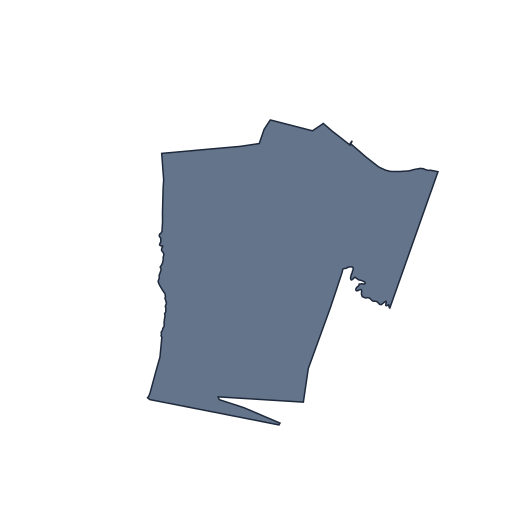 outline of Santo Tomás Tamazulapan, Oaxaca, Mexico, rotated 38°
{"feature_id": "50627088B4613944542165", "entity_name": "Santo Tomás Tamazulapan", "entity_type": "district", "adm_level": 2, "iso_a3": "MEX", "parent_name": "Mexico", "parent_adm1": "Oaxaca", "projection": "equal_earth", "projection_center": [-96.577, 16.24], "detail": "fine", "context": "isolated", "style": "filled", "palette": "slate", "viewbox_px": 512, "rotation_deg": 38, "n_neighbors": 0, "source": "geoboundaries", "source_scale": "gbopen_adm2", "svg_char_len": 3215}
<svg xmlns="http://www.w3.org/2000/svg" viewBox="0 0 512 512"><g transform="rotate(38 256 256)"><path d="M393.5,214.6L358.1,109.1L354.4,98.1L353.8,96.1L351.7,90.0L347.5,77.5L340.6,81.0L338.9,82.6L336.3,83.6L334.0,84.2L332.9,84.9L332.4,85.3L331.5,85.8L329.4,88.2L327.9,89.8L324.0,94.9L318.9,99.4L317.8,100.5L310.0,106.5L305.2,108.6L297.9,110.3L281.4,110.3L263.1,109.3L262.0,110.4L261.1,106.8L260.8,106.0L261.0,109.9L261.1,110.7L238.9,110.7L227.4,110.1L226.7,112.6L223.4,122.6L185.0,139.3L183.5,140.0L183.7,142.5L184.4,151.1L189.3,165.4L176.2,179.2L153.4,200.5L118.5,233.2L136.4,252.9L140.6,259.1L141.9,260.9L155.9,279.8L161.4,286.7L166.2,293.7L166.8,294.5L166.8,295.1L167.1,296.1L166.6,297.9L166.9,299.1L167.4,299.7L168.3,300.3L169.3,300.3L169.7,300.4L170.4,301.2L171.4,302.4L172.1,303.2L172.5,303.6L172.4,304.4L172.9,306.3L173.8,306.8L175.0,306.5L176.1,305.6L176.8,306.1L176.8,307.2L177.1,308.3L178.3,309.9L180.2,310.3L181.7,310.9L182.8,312.0L183.5,314.0L185.1,316.0L185.8,317.3L186.6,318.9L187.1,321.2L187.2,322.5L187.2,323.5L187.6,323.9L188.9,324.5L189.5,325.1L190.0,326.0L190.4,327.3L190.8,328.4L191.1,329.1L191.3,330.3L191.8,331.1L193.3,333.0L193.8,334.1L194.0,334.9L194.4,336.1L195.4,337.0L198.1,338.4L201.6,339.8L205.4,341.2L206.4,341.3L207.8,342.0L210.1,344.3L210.2,345.4L212.4,346.7L212.9,347.1L213.4,347.6L213.8,347.9L214.2,348.0L214.6,348.6L215.0,349.4L215.1,350.2L215.3,350.9L215.8,351.9L216.6,352.1L217.3,352.8L217.8,353.7L218.1,354.1L219.0,355.0L219.3,355.8L219.5,356.3L219.4,356.7L219.5,357.0L219.4,357.5L219.7,357.6L220.0,358.0L220.4,358.5L220.9,359.1L221.5,359.6L222.1,361.0L222.7,362.0L223.0,362.6L223.4,363.1L223.9,364.1L224.6,365.2L225.7,366.5L226.6,367.4L226.9,368.3L227.1,370.3L227.7,371.4L228.0,372.5L228.1,373.4L228.2,374.3L228.4,374.7L228.9,375.1L229.6,375.8L230.3,377.4L231.7,377.8L242.5,394.7L248.0,408.2L257.0,429.6L257.8,432.4L257.8,434.5L260.8,434.5L338.2,395.2L378.1,375.0L377.8,373.4L377.8,372.9L340.1,382.9L315.5,391.8L312.9,390.3L333.3,376.3L383.3,342.0L366.5,312.5L346.4,250.8L339.9,232.5L334.1,216.3L332.5,212.7L333.1,211.7L334.3,210.6L335.0,209.5L335.5,208.1L336.5,207.0L337.2,206.2L338.6,205.5L339.6,205.4L340.1,205.8L341.0,207.2L341.4,208.7L342.0,209.9L342.3,211.2L342.6,212.1L343.1,213.3L343.5,213.8L343.9,215.0L344.3,215.4L345.1,216.0L345.4,216.2L345.8,216.2L346.2,216.0L346.3,215.6L346.6,214.2L346.7,213.5L346.9,212.1L347.2,211.7L348.9,211.8L349.3,211.6L351.2,211.7L352.0,211.4L352.9,211.0L353.9,210.5L354.9,210.1L356.1,209.9L357.3,209.6L358.1,209.7L358.6,209.9L358.8,210.3L358.8,211.2L358.5,211.6L357.7,212.0L357.1,212.4L356.2,212.9L356.0,213.3L355.2,214.0L354.9,214.3L354.6,214.5L355.3,216.3L354.7,218.5L354.8,220.0L355.5,221.3L356.5,221.6L357.7,220.5L358.2,219.1L359.3,217.8L360.8,218.3L361.4,219.5L361.9,220.3L362.6,221.2L364.7,222.6L365.6,222.4L367.5,221.9L368.5,221.4L369.5,220.1L371.6,219.2L372.7,219.4L375.2,219.7L376.4,219.3L378.3,217.9L379.8,217.5L380.8,217.7L381.9,217.8L383.0,218.0L383.8,217.8L384.8,217.1L384.9,216.3L385.7,213.1L386.1,211.8L386.7,211.8L387.4,212.6L387.8,213.9L388.3,214.4L388.8,215.1L389.6,214.7L390.1,213.8L390.6,212.8L391.3,213.3L391.9,214.0L392.4,214.2L392.8,214.6L393.5,214.6Z" fill="#64748b" stroke="#1e293b" stroke-width="1.5"/></g></svg>